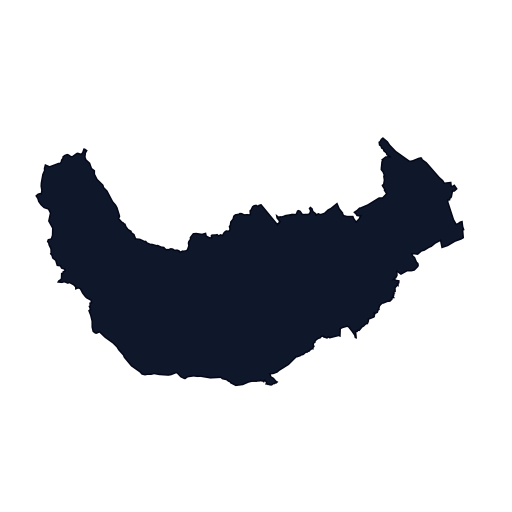 Calatele, Cluj, Romania (Mercator projection), rotated 82°
{"feature_id": "2599482B49338530714290", "entity_name": "Calatele", "entity_type": "district", "adm_level": 2, "iso_a3": "ROU", "parent_name": "Romania", "parent_adm1": "Cluj", "projection": "mercator", "projection_center": [23.02, 46.749], "detail": "fine", "context": "isolated", "style": "filled", "palette": "ink", "viewbox_px": 512, "rotation_deg": 82, "n_neighbors": 0, "source": "geoboundaries", "source_scale": "gbopen_adm2", "svg_char_len": 6120}
<svg xmlns="http://www.w3.org/2000/svg" viewBox="0 0 512 512"><g transform="rotate(82 256 256)"><path d="M263.4,439.0L262.9,437.1L263.0,436.0L264.0,434.4L268.6,432.8L272.6,430.5L274.1,429.2L276.8,425.4L279.4,425.5L279.6,426.9L282.4,427.1L282.7,428.0L285.8,427.3L286.9,429.0L291.5,427.9L297.6,427.3L303.7,428.1L308.0,427.7L309.9,425.8L310.2,424.7L309.3,421.5L315.4,416.7L322.2,409.6L326.7,406.2L329.8,404.9L335.6,401.0L338.0,400.4L347.5,394.5L354.5,387.0L357.0,385.3L358.1,382.5L358.0,379.9L358.5,376.5L358.2,373.2L359.8,368.4L361.7,359.4L361.6,356.6L360.3,351.3L361.0,350.1L365.1,347.2L367.3,343.9L367.4,343.1L366.3,341.3L366.0,340.0L366.0,334.6L367.0,330.7L367.3,327.6L370.3,318.1L371.2,307.7L372.8,306.3L374.3,302.3L376.1,300.6L377.0,299.0L378.0,298.7L381.3,294.0L381.4,287.1L379.7,280.9L379.4,277.5L380.1,272.6L379.8,271.8L380.2,270.3L379.6,269.1L380.3,268.5L380.5,266.9L381.5,265.8L380.2,264.9L382.3,263.0L384.1,263.8L384.3,262.6L384.9,261.9L384.8,260.7L385.5,260.2L385.8,258.4L384.8,256.9L384.9,255.5L384.3,254.6L384.5,253.8L383.7,252.6L382.8,253.8L379.6,255.8L377.8,258.1L374.6,258.7L374.7,255.2L373.8,251.2L372.4,249.1L367.9,239.0L361.3,230.2L361.5,229.6L360.8,225.9L359.9,224.4L360.2,223.8L359.9,222.7L358.2,220.3L358.3,218.7L357.7,217.9L357.5,216.5L356.7,215.8L355.5,213.4L355.8,212.6L354.5,212.4L353.7,211.3L351.4,211.7L350.4,211.4L349.6,209.7L348.1,209.2L346.4,206.4L345.8,203.6L344.8,202.8L344.6,200.5L345.9,199.9L345.9,198.5L346.7,198.0L347.0,197.0L346.1,195.6L347.2,194.4L346.2,185.1L346.9,184.0L339.6,182.7L338.8,180.1L338.2,175.4L339.1,174.1L343.7,171.4L348.1,169.2L350.5,169.0L350.9,168.2L344.6,167.9L344.8,166.4L343.6,165.3L344.0,164.2L340.9,160.8L340.3,159.2L338.9,157.4L338.3,156.0L338.4,155.1L336.1,153.8L334.2,153.5L332.8,147.8L332.3,147.3L331.4,147.5L330.7,146.7L329.5,147.3L328.6,146.8L329.3,145.9L328.6,143.7L326.6,142.8L325.9,141.6L325.3,141.8L322.8,140.8L321.5,139.5L320.0,137.2L320.3,136.5L319.2,132.3L319.3,129.6L317.5,127.3L316.2,127.1L316.3,125.4L314.8,125.9L314.2,125.2L313.5,125.5L312.7,124.5L312.4,125.0L311.2,124.8L310.5,123.2L306.8,122.8L304.5,120.1L305.0,119.5L303.9,119.3L303.1,119.8L302.5,118.4L300.5,118.0L299.7,120.7L298.1,122.6L298.2,123.1L297.6,122.5L297.1,120.8L294.8,119.1L290.7,118.7L291.2,117.8L294.1,115.0L291.6,108.5L292.2,104.2L291.9,101.2L288.8,97.2L287.7,96.7L285.9,96.8L284.5,98.0L279.5,99.3L278.0,100.8L275.7,101.5L275.7,99.1L276.7,95.7L274.0,91.5L273.6,88.5L271.4,83.6L270.8,81.1L268.1,76.7L266.1,71.0L273.4,70.6L272.3,64.8L269.0,56.9L267.7,50.6L266.7,48.2L259.1,47.8L258.8,46.7L255.7,47.3L250.6,47.2L250.9,49.1L252.1,51.3L252.6,53.4L247.6,55.4L229.3,58.6L227.1,58.2L227.3,56.5L225.7,56.0L225.3,54.9L224.5,54.3L219.2,52.5L219.2,50.5L217.4,47.9L213.6,49.8L214.5,51.9L214.1,53.0L210.3,52.9L210.2,59.4L207.3,60.7L203.8,63.7L187.4,74.4L183.7,78.2L182.2,78.5L181.8,79.0L182.0,81.3L183.6,87.6L183.7,90.1L183.3,91.2L171.9,103.2L164.7,108.4L161.3,110.0L156.9,113.9L157.9,115.6L160.1,117.2L160.5,118.2L163.3,118.2L164.4,116.9L166.6,116.5L167.7,115.0L169.7,114.7L171.9,112.6L173.9,112.2L175.6,109.9L176.4,109.5L175.7,111.3L176.3,112.3L176.0,113.7L178.3,117.7L179.1,117.3L180.2,118.1L185.9,119.5L187.9,119.9L190.2,118.5L194.5,117.4L194.7,118.3L198.8,118.3L202.9,119.6L203.6,121.0L204.0,121.0L207.9,119.2L208.7,119.7L212.5,117.9L216.2,122.6L215.7,126.0L221.0,138.1L223.2,146.3L223.0,146.8L225.0,149.5L226.4,152.5L228.8,150.7L229.9,150.4L230.8,147.7L230.7,146.6L233.8,148.8L236.4,152.2L232.7,154.0L230.4,154.6L229.6,160.3L228.3,163.5L226.6,164.4L225.5,164.3L220.8,167.1L215.4,168.5L219.4,175.2L220.4,178.1L223.3,182.2L224.0,186.0L223.7,187.2L222.9,188.3L223.8,191.1L222.4,191.1L219.9,193.5L217.0,194.0L215.5,195.4L216.4,196.4L218.2,195.7L220.1,196.0L221.7,197.3L222.1,198.5L221.5,203.8L221.1,204.5L217.9,206.1L217.0,207.6L217.3,208.6L220.0,210.1L220.5,210.9L219.8,214.8L220.6,216.0L220.0,216.1L220.1,221.4L220.4,221.4L221.0,226.2L220.6,226.4L220.7,228.4L219.1,229.9L221.3,229.8L225.4,227.3L225.6,228.3L226.7,228.7L227.0,229.9L228.0,230.4L206.0,243.9L206.3,246.0L207.3,247.0L205.9,248.8L205.9,249.8L206.0,251.0L206.8,252.5L209.7,254.4L210.4,255.5L214.2,255.8L214.4,257.1L213.9,258.7L213.7,261.9L212.1,264.3L211.7,266.0L212.3,267.1L212.4,270.7L213.5,272.4L216.4,273.6L218.8,276.2L222.0,277.1L223.1,278.2L226.0,277.9L227.8,279.5L227.1,281.9L227.6,283.1L228.8,284.6L231.2,286.4L230.1,288.0L230.9,290.3L229.4,291.6L229.6,292.6L229.2,296.7L229.9,297.5L231.7,297.1L231.8,298.2L231.4,299.7L229.3,302.6L226.6,302.8L227.1,306.5L225.4,312.2L225.3,315.0L228.6,318.4L230.3,318.5L232.4,320.5L233.9,321.1L236.5,321.0L240.5,323.1L241.2,324.7L241.2,327.2L240.9,328.3L241.4,329.1L241.5,330.8L240.1,331.6L239.2,333.4L239.1,335.9L237.6,337.5L237.1,339.1L237.0,339.9L237.7,341.1L237.3,342.4L237.6,343.4L236.3,345.1L234.7,346.1L234.0,348.7L231.9,352.0L232.0,353.0L230.0,357.5L229.9,358.9L227.8,362.3L226.2,363.2L226.1,364.5L223.4,368.6L222.3,372.9L217.8,373.9L215.3,376.5L214.2,376.3L212.0,379.1L208.9,380.8L206.2,381.4L205.8,382.3L204.4,383.2L204.0,384.1L199.7,387.0L198.0,385.7L196.9,385.7L188.8,387.0L186.0,388.1L182.3,390.5L170.9,394.6L167.0,397.5L164.6,397.8L158.1,402.8L152.5,404.7L149.1,404.2L146.5,406.8L141.0,407.9L137.1,411.1L134.2,411.7L130.1,410.6L128.1,409.0L126.4,410.8L126.2,411.5L129.6,413.2L130.7,414.5L130.7,415.8L129.5,418.2L129.6,419.2L132.2,424.1L131.8,425.6L129.9,427.6L129.3,428.8L129.8,431.2L130.9,433.2L132.5,433.6L133.9,435.1L136.2,435.9L137.2,437.6L136.9,438.6L139.0,448.0L136.6,451.9L139.9,453.3L141.9,453.4L145.6,455.7L153.9,458.4L156.9,459.0L161.3,458.9L164.7,460.0L164.2,461.0L164.3,462.1L164.6,463.4L165.9,465.3L168.6,464.0L171.8,463.5L175.4,461.6L178.5,459.1L180.6,454.9L184.9,453.5L192.5,456.3L200.1,453.4L207.2,454.6L210.7,456.3L211.0,459.4L212.7,460.3L214.2,459.4L216.3,459.3L220.3,458.0L224.5,458.4L225.2,459.0L226.9,457.9L229.7,457.5L232.4,454.9L237.6,454.1L238.5,451.0L240.9,450.2L242.3,447.4L243.8,447.1L244.5,447.6L244.7,449.0L246.2,449.6L246.3,450.9L251.1,451.7L252.2,452.5L253.2,454.7L254.2,455.5L255.1,451.8L254.8,450.1L255.0,448.8L256.6,446.2L256.3,444.3L259.1,440.5L261.5,438.8L263.4,439.0Z" fill="#0f172a" stroke="#020617" stroke-width="1.5"/></g></svg>